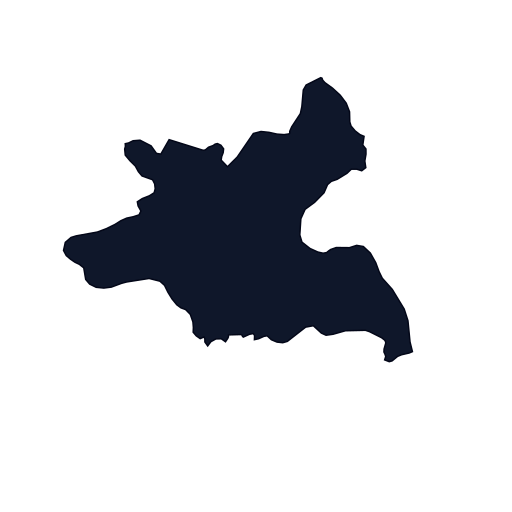 an SVG outline of Banwa, rotated 57°
{"feature_id": "BFA-2801", "entity_name": "Banwa", "entity_type": "Province", "adm_level": 1, "iso_a3": "BFA", "parent_name": "Burkina Faso", "parent_adm1": "", "projection": "orthographic", "projection_center": [-4.172, 12.228], "detail": "fine", "context": "isolated", "style": "filled", "palette": "ink", "viewbox_px": 512, "rotation_deg": 57, "n_neighbors": 0, "source": "natural_earth", "source_scale": "10m", "svg_char_len": 2405}
<svg xmlns="http://www.w3.org/2000/svg" viewBox="0 0 512 512"><g transform="rotate(57 256 256)"><path d="M198.8,105.5L205.1,104.7L210.8,102.7L214.5,100.2L221.1,106.0L226.1,105.5L230.5,108.3L235.6,113.0L241.7,115.8L242.1,120.9L238.1,124.2L235.1,128.8L236.2,134.6L235.9,146.2L234.4,152.2L235.1,157.1L240.0,164.5L242.9,177.6L243.6,189.4L249.2,198.1L262.2,207.8L269.4,209.9L279.1,206.6L286.3,202.0L290.2,198.2L291.6,194.9L291.3,192.4L291.2,189.9L292.6,184.1L299.9,173.1L301.9,165.8L306.5,160.8L315.8,158.5L326.8,159.2L336.1,161.3L343.4,162.2L358.2,159.9L381.2,160.6L393.0,163.8L411.9,173.6L421.4,176.9L420.8,180.3L418.1,187.7L417.3,191.9L418.1,199.0L417.2,201.8L413.2,204.7L410.9,201.9L408.5,201.3L406.2,201.0L403.8,199.3L399.7,194.6L398.4,194.0L396.6,193.9L392.9,195.2L381.3,202.0L377.9,204.7L367.4,221.7L363.6,234.0L360.6,240.4L356.2,243.2L345.7,245.9L342.7,253.1L344.7,276.2L343.3,280.8L339.6,285.3L334.6,288.7L329.0,290.1L327.7,293.1L326.8,298.9L325.3,302.9L321.9,300.5L319.6,300.5L318.1,304.1L317.1,310.8L316.1,311.1L314.8,310.8L313.6,311.5L307.2,322.0L308.8,323.2L309.7,324.5L311.3,328.3L306.5,330.2L303.7,334.8L303.3,340.5L305.1,345.5L300.3,345.7L297.6,344.0L295.6,343.7L294.9,347.8L290.4,349.6L285.7,350.2L281.9,347.5L276.9,344.8L269.2,342.9L262.6,344.2L258.6,347.2L253.8,349.0L246.3,349.8L238.3,349.6L230.8,348.7L224.8,350.3L216.6,357.9L207.3,378.7L205.7,383.6L203.3,394.3L200.0,401.1L195.2,407.1L189.0,410.8L182.9,411.6L172.1,406.9L166.6,408.8L162.7,411.2L157.7,413.3L152.3,414.9L146.5,414.4L140.7,408.5L139.7,401.0L141.2,395.8L149.5,376.0L151.5,366.9L152.7,357.2L152.8,350.1L153.8,343.8L156.2,337.6L157.8,331.7L155.6,328.0L149.8,327.6L145.9,326.0L145.9,320.1L147.4,312.7L147.5,307.0L144.7,303.9L140.3,301.7L135.7,301.2L126.8,308.0L121.2,308.7L114.9,308.2L107.6,309.8L100.2,310.7L94.8,307.9L92.9,305.8L90.6,304.5L91.8,301.3L92.4,296.3L95.7,290.2L106.5,284.0L115.7,283.6L118.7,280.3L111.1,265.5L137.9,243.3L139.1,242.0L139.4,240.1L138.9,236.6L140.0,231.8L139.9,229.3L140.7,227.1L144.0,225.1L148.5,224.8L151.5,227.3L153.9,230.6L156.6,233.0L165.6,231.3L162.8,217.9L151.8,191.5L154.3,184.0L159.4,177.7L165.2,172.0L169.5,166.3L171.5,162.0L171.4,160.8L169.8,159.8L167.1,155.7L160.7,141.2L155.7,136.2L142.5,125.9L139.9,120.8L141.7,104.6L142.8,103.8L144.9,104.3L148.1,103.8L156.9,100.4L167.0,97.8L177.0,97.1L186.0,99.0L194.6,104.3L198.8,105.5Z" fill="#0f172a" stroke="#020617" stroke-width="1.5"/></g></svg>